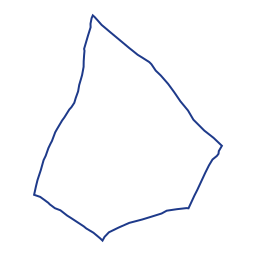 outline of Wlogba, Grand Kru, Liberia
{"feature_id": "62588387B63880548555579", "entity_name": "Wlogba", "entity_type": "district", "adm_level": 2, "iso_a3": "LBR", "parent_name": "Liberia", "parent_adm1": "Grand Kru", "projection": "robinson", "projection_center": [-8.18, 5.084], "detail": "fine", "context": "isolated", "style": "outline", "palette": "blue", "viewbox_px": 256, "rotation_deg": 0, "n_neighbors": 0, "source": "geoboundaries", "source_scale": "gbopen_adm2", "svg_char_len": 1122}
<svg xmlns="http://www.w3.org/2000/svg" viewBox="0 0 256 256"><path d="M102.5,240.6L104.0,237.9L104.6,236.8L108.9,232.3L117.7,228.0L119.2,227.3L129.2,222.9L142.2,219.5L150.7,216.9L161.6,213.5L166.7,210.7L176.8,209.2L186.5,208.1L188.5,208.3L194.4,195.6L197.3,189.9L205.4,172.5L209.0,165.3L212.5,159.5L216.9,155.9L218.5,153.8L218.8,151.1L221.9,145.8L219.9,143.9L213.6,137.9L207.0,132.7L204.3,130.6L193.4,119.7L188.0,110.5L180.4,101.3L174.2,92.2L168.2,84.0L160.8,75.5L155.7,70.6L151.4,64.2L149.3,62.1L144.6,59.1L142.1,57.5L137.7,54.8L132.0,50.2L129.2,48.0L110.5,32.4L101.6,24.9L94.8,17.2L92.8,15.4L91.6,18.2L90.5,23.8L90.6,27.3L88.0,35.6L84.1,48.9L84.5,50.8L84.1,55.2L83.7,61.2L83.6,66.9L82.1,75.0L81.0,78.9L79.2,85.0L78.1,91.4L75.7,98.1L74.3,102.8L71.4,107.2L69.3,109.5L64.3,117.5L62.1,120.5L57.0,129.1L55.2,132.3L54.2,135.0L51.9,141.1L50.6,143.5L48.4,148.1L45.7,155.8L43.6,160.1L40.8,170.1L37.5,180.1L36.0,186.2L34.1,194.8L40.2,196.9L48.4,202.9L49.7,204.3L54.9,208.2L60.4,210.3L61.7,211.3L67.2,215.6L70.7,217.8L83.8,226.4L86.2,228.4L93.4,232.7L100.0,238.2L102.5,240.6Z" fill="none" stroke="#1e3a8a" stroke-width="2"/></svg>